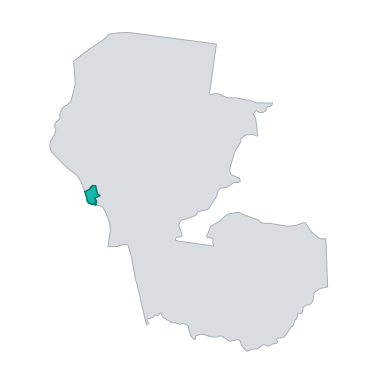 Siavonga, Southern, Zambia (highlighted), rotated 98°
{"feature_id": "96606910B78484131600253", "entity_name": "Siavonga", "entity_type": "district", "adm_level": 2, "iso_a3": "ZMB", "parent_name": "Zambia", "parent_adm1": "Southern", "projection": "natural_earth1", "projection_center": [28.625, -16.409], "detail": "fine", "context": "in_parent", "style": "filled", "palette": "teal", "viewbox_px": 384, "rotation_deg": 98, "n_neighbors": 0, "source": "geoboundaries", "source_scale": "gbopen_adm2", "svg_char_len": 5493}
<svg xmlns="http://www.w3.org/2000/svg" viewBox="0 0 384 384"><g transform="rotate(98 192 192)"><path d="M257.7,267.6L240.7,267.6L234.5,269.2L229.4,271.6L223.3,275.3L219.8,277.9L218.8,279.3L218.4,282.5L218.4,287.4L217.8,291.0L215.9,294.2L206.7,298.1L200.7,301.3L194.8,305.1L190.3,310.1L187.3,316.1L182.2,323.6L171.6,337.0L165.5,339.5L160.4,338.9L154.1,336.1L149.2,335.6L145.6,337.3L142.2,336.8L139.1,334.0L136.5,333.0L134.4,333.7L131.7,333.6L126.8,332.1L122.5,327.3L120.2,325.3L118.4,324.6L113.3,323.8L101.7,322.7L89.6,325.1L78.9,327.5L68.0,316.8L57.5,305.6L55.3,302.7L51.3,298.9L48.5,297.1L47.3,296.2L44.4,286.1L42.8,276.9L42.1,188.4L89.9,188.4L93.0,188.0L93.1,187.1L90.9,182.3L91.0,180.7L91.5,177.5L93.6,171.1L93.7,168.9L92.7,161.9L92.8,158.0L93.3,150.2L93.0,147.5L94.1,144.0L94.5,141.6L94.9,140.6L94.3,137.9L93.3,128.6L92.8,124.6L95.6,125.2L96.6,127.1L97.2,129.2L98.5,129.4L101.9,130.6L103.1,132.4L103.9,136.1L103.4,138.0L102.3,139.6L103.4,141.0L105.7,141.9L107.0,141.6L110.8,139.0L114.4,138.1L116.2,137.4L124.1,135.7L125.7,134.8L126.8,134.8L127.6,135.6L126.9,138.2L126.6,140.6L127.6,145.0L128.4,147.1L130.0,148.6L131.2,149.4L132.5,151.0L135.3,150.7L141.4,153.0L143.2,154.1L145.8,155.1L147.6,155.5L153.8,156.3L160.4,157.6L163.8,157.7L166.2,157.4L167.9,156.7L169.0,156.0L169.5,155.4L171.9,146.9L173.2,146.2L174.8,145.8L175.8,146.6L176.9,151.9L181.6,156.7L183.3,160.8L184.4,164.3L185.5,165.2L187.3,166.4L190.2,166.8L192.8,166.9L205.6,172.8L207.0,173.9L208.6,177.1L209.5,180.6L210.6,183.4L212.2,184.0L213.7,184.2L215.1,186.1L216.2,187.8L220.1,194.8L220.6,197.6L222.4,199.4L224.9,200.2L227.2,200.3L228.6,199.5L231.8,198.0L234.4,196.4L236.3,195.8L237.4,196.2L238.2,197.3L238.8,200.8L240.6,202.0L241.9,201.5L242.4,200.1L242.5,199.4L242.5,163.1L241.3,163.3L239.8,164.3L236.4,164.5L235.1,165.2L234.7,166.4L235.0,167.9L235.0,170.0L234.5,170.9L233.0,171.3L230.9,170.5L227.0,169.5L223.7,168.9L221.4,166.1L218.2,162.0L216.2,159.9L211.2,155.7L210.3,154.8L208.8,152.8L207.5,149.4L206.2,145.4L205.6,142.9L206.8,139.1L209.7,126.5L210.4,122.6L212.8,118.6L213.0,115.0L212.0,110.4L212.3,107.9L212.6,93.5L211.9,88.9L210.3,83.9L206.7,76.9L206.7,75.3L212.2,70.8L213.9,69.1L216.8,65.4L218.7,62.2L220.0,59.7L220.4,56.4L219.5,53.2L221.4,52.6L267.2,44.5L267.9,46.7L269.2,50.2L270.8,52.9L272.8,55.2L274.5,56.6L275.6,57.0L282.6,56.9L285.2,58.3L287.4,60.0L287.9,62.8L289.4,64.5L290.9,65.9L291.6,66.1L292.7,65.7L294.6,65.7L296.4,66.3L297.2,66.9L297.3,69.2L297.8,70.2L300.2,70.6L302.6,70.8L305.0,72.4L307.5,72.7L310.4,73.3L311.8,75.0L314.9,76.7L318.8,78.3L322.9,80.8L323.0,81.6L323.7,83.1L324.5,84.2L324.5,85.8L324.9,87.3L326.0,87.6L326.9,87.7L327.7,86.7L328.8,86.7L330.0,87.4L330.5,89.1L331.4,91.3L333.0,92.9L334.0,94.4L333.6,97.2L333.0,99.7L335.1,102.2L337.8,104.5L338.5,105.6L338.7,109.1L339.1,110.3L341.0,113.2L341.9,115.1L341.8,116.2L336.8,122.0L333.7,122.9L332.4,124.1L331.6,125.3L333.5,131.0L334.6,133.2L333.7,135.9L331.7,140.6L330.8,141.0L330.6,144.5L331.2,145.8L332.2,146.8L332.6,149.2L332.5,155.1L331.2,161.8L333.4,167.6L334.2,168.3L337.3,168.3L337.8,168.8L337.1,170.5L334.9,173.1L330.9,175.1L325.2,177.3L324.0,179.4L323.2,182.5L323.8,184.3L324.6,185.3L324.3,188.0L323.8,190.9L324.0,193.1L323.7,195.1L323.0,196.1L322.0,199.1L320.7,202.0L319.8,203.4L318.3,204.8L316.1,206.0L316.1,206.6L318.6,208.0L319.3,209.0L319.5,209.6L318.5,211.2L319.6,212.1L321.1,212.8L322.4,214.8L324.0,218.6L324.2,219.0L324.7,219.0L325.5,218.6L327.1,217.1L328.2,216.5L329.6,218.7L305.8,228.0L300.2,229.9L291.9,233.2L289.1,234.4L287.0,235.6L264.8,242.9L261.4,244.3L253.5,248.0L253.3,248.6L253.3,250.3L254.0,253.8L255.4,256.9L256.5,258.8L257.3,263.4L257.7,267.6Z" fill="#d9dde1" stroke="#a8b0b8" stroke-width="1"/><path d="M199.2,288.3L199.6,292.0L199.6,291.9L199.6,291.7L199.8,291.8L200.0,291.9L200.2,292.0L200.3,291.9L200.4,292.0L200.5,292.0L200.8,292.4L200.9,292.5L201.0,292.5L201.4,292.6L201.3,292.8L201.5,292.9L201.5,293.0L201.8,292.9L201.8,293.0L202.0,293.2L202.3,292.9L202.5,292.8L202.5,293.2L202.6,293.3L202.8,293.4L203.0,293.3L203.1,293.5L203.3,293.5L203.5,293.7L203.5,293.8L203.6,294.0L203.9,294.2L204.0,294.3L204.3,295.0L205.6,296.6L206.6,298.2L212.6,295.3L215.3,294.7L215.6,294.6L215.9,294.2L216.0,293.9L216.2,293.7L216.3,293.7L216.6,293.6L216.7,293.4L216.8,293.4L217.0,293.3L217.0,293.2L217.2,292.9L217.3,292.8L217.4,292.7L217.5,292.6L217.5,292.4L217.5,292.1L217.4,291.9L217.4,291.7L217.4,291.3L217.5,291.3L217.5,291.1L217.7,290.9L217.8,290.8L217.9,290.6L218.0,290.3L218.1,290.2L218.1,289.7L218.2,289.4L218.0,289.1L217.9,289.0L217.9,288.8L217.9,288.7L218.0,288.5L218.0,288.3L218.0,288.2L217.9,288.2L217.5,288.0L217.5,287.9L217.4,287.8L217.4,287.6L217.5,287.3L217.7,287.1L217.7,286.9L217.9,286.5L218.0,286.4L218.1,286.0L218.2,285.8L218.4,285.7L218.2,285.5L218.2,285.4L217.9,285.3L217.7,285.5L217.7,285.4L217.4,285.5L217.4,285.4L217.3,285.5L217.2,285.6L216.9,285.7L216.7,285.7L216.6,285.8L216.4,285.8L216.4,285.7L216.2,285.7L216.2,285.8L216.1,285.7L216.1,285.8L216.0,285.7L216.0,285.8L215.9,285.8L215.9,285.7L215.7,285.7L215.4,285.5L215.4,285.4L215.2,285.4L215.2,285.5L215.2,285.4L214.9,285.3L214.7,285.5L214.7,285.4L214.4,285.4L214.4,285.5L214.3,285.4L214.2,285.4L214.2,285.5L213.9,285.6L213.8,285.8L213.7,285.8L213.6,286.0L213.4,286.3L213.2,286.3L213.0,286.5L212.9,286.7L212.7,286.7L212.7,286.8L212.7,286.7L212.6,286.8L212.6,287.0L212.4,287.1L212.2,287.2L212.2,287.3L211.6,287.6L211.5,287.4L209.2,283.8L208.8,283.2L208.4,282.8L206.8,285.6L205.2,286.1L199.2,288.3Z" fill="#14b8a6" stroke="#0f766e" stroke-width="1.5"/></g></svg>